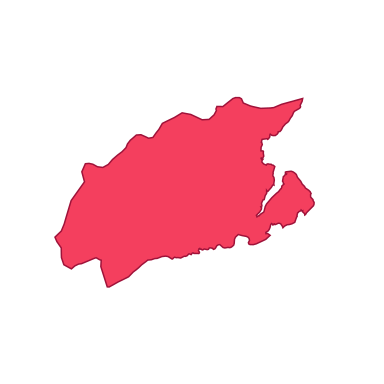 Ndian, Sud-Ouest, Cameroon (Natural Earth projection), rotated 230°
{"feature_id": "32672807B48556267066765", "entity_name": "Ndian", "entity_type": "district", "adm_level": 2, "iso_a3": "CMR", "parent_name": "Cameroon", "parent_adm1": "Sud-Ouest", "projection": "natural_earth1", "projection_center": [8.796, 4.86], "detail": "fine", "context": "isolated", "style": "filled", "palette": "rose", "viewbox_px": 384, "rotation_deg": 230, "n_neighbors": 0, "source": "geoboundaries", "source_scale": "gbopen_adm2", "svg_char_len": 4093}
<svg xmlns="http://www.w3.org/2000/svg" viewBox="0 0 384 384"><g transform="rotate(230 192 192)"><path d="M201.6,317.0L204.1,308.9L206.0,306.0L211.9,298.4L218.3,293.5L220.6,291.9L227.2,288.5L231.6,289.8L233.8,289.0L236.3,286.1L237.3,283.4L237.5,276.4L237.6,270.5L239.0,269.0L241.5,266.1L240.2,263.7L238.7,263.0L236.9,258.5L236.8,255.3L236.6,251.8L240.8,246.2L252.2,240.9L259.0,235.3L260.4,226.3L261.9,220.4L262.5,218.0L263.6,213.4L261.2,206.8L260.7,204.2L260.3,202.3L258.9,197.1L261.1,193.3L263.8,192.1L268.7,189.7L271.4,186.0L271.3,181.0L271.3,178.0L270.3,173.5L268.4,170.0L267.8,164.3L268.1,158.8L268.0,152.0L266.9,145.6L268.1,139.5L272.1,135.8L277.0,133.9L280.1,131.5L282.2,128.5L278.3,120.6L268.9,116.2L263.1,93.9L253.7,79.6L249.6,73.5L246.1,66.8L245.5,58.0L240.8,56.6L233.2,55.9L227.8,51.5L225.6,49.8L219.7,47.5L218.6,47.1L210.6,50.2L210.7,54.7L209.7,58.8L208.1,61.3L204.1,74.2L203.3,76.3L199.5,77.7L198.1,78.6L193.4,74.2L173.8,66.1L172.5,67.5L170.6,77.5L169.4,82.3L167.8,88.9L168.5,95.4L168.3,100.0L168.3,102.5L168.6,106.5L168.3,112.2L168.3,114.3L166.2,117.4L165.0,120.6L163.5,122.7L163.2,123.6L162.7,125.0L161.9,127.4L159.8,130.6L157.9,132.2L153.5,133.6L153.2,134.1L153.4,135.6L153.2,136.8L151.8,137.7L150.8,139.1L148.7,140.9L147.8,144.7L146.8,145.8L146.3,147.6L146.7,149.5L146.3,150.2L144.6,151.1L145.0,152.8L144.7,153.7L143.8,153.9L140.5,157.7L140.6,158.5L141.1,159.0L143.0,159.3L144.0,160.8L143.8,161.7L142.9,161.5L142.2,162.4L141.4,162.4L140.7,163.0L140.5,164.7L138.1,166.6L137.5,167.8L138.0,169.1L137.6,170.0L135.6,171.6L134.3,171.5L133.8,172.8L133.9,173.8L134.9,176.6L134.6,178.3L133.8,179.5L129.5,180.1L128.0,181.2L126.4,184.0L125.3,184.9L124.6,186.1L124.4,187.7L124.5,189.8L125.6,191.4L128.5,194.2L129.5,196.4L129.7,200.1L126.5,202.3L123.2,205.0L121.6,205.8L119.7,205.9L117.9,204.9L117.0,202.7L115.7,202.1L114.5,202.6L112.3,205.1L112.2,205.3L111.0,207.9L109.3,214.2L108.3,218.1L108.6,224.0L111.0,223.4L111.6,223.2L112.0,222.7L112.5,221.9L113.6,222.6L113.5,223.6L113.2,225.2L113.7,227.1L114.7,229.0L116.4,231.3L116.7,232.7L115.9,232.9L114.8,232.7L114.6,233.2L114.9,233.8L114.6,234.6L114.0,234.4L113.5,234.9L112.8,237.3L112.7,237.9L111.8,238.9L110.7,239.5L107.6,239.2L106.2,238.7L106.4,240.9L105.8,243.8L104.5,245.7L103.4,248.1L102.7,251.2L105.3,255.6L105.9,257.1L106.6,257.4L108.2,259.6L108.0,260.4L108.3,261.3L107.7,263.1L108.1,264.0L106.8,264.0L106.5,264.8L105.7,264.0L103.0,264.3L101.9,263.6L101.8,264.5L102.5,266.4L103.4,276.2L104.2,277.6L105.6,278.9L106.3,279.0L107.8,279.3L108.4,279.8L111.8,279.6L113.9,281.2L114.2,282.2L116.3,282.7L118.4,282.5L122.2,281.4L123.9,281.8L127.3,281.5L130.3,282.2L135.4,282.2L138.5,283.2L139.0,283.1L140.6,282.9L142.6,282.3L144.2,281.3L146.9,277.2L147.2,276.4L146.4,275.6L145.0,276.1L144.9,275.5L145.5,275.0L145.0,272.8L145.1,271.9L142.1,268.3L141.1,268.2L139.7,267.5L139.0,267.6L138.8,264.5L138.1,264.0L137.2,262.5L137.4,261.9L136.6,258.4L136.7,255.9L136.3,249.5L134.9,241.4L133.8,238.8L130.9,234.8L130.5,233.9L131.0,229.9L130.6,228.3L131.0,227.7L131.2,225.8L132.8,226.4L133.2,231.1L134.1,233.9L135.2,235.2L136.4,235.2L136.2,236.2L136.5,236.7L138.7,238.0L139.2,239.0L140.3,241.2L139.8,242.4L142.2,245.8L143.0,248.3L145.3,250.2L143.8,250.1L143.7,250.4L144.5,255.7L145.4,258.2L145.2,258.9L144.6,259.2L145.8,260.0L148.2,262.7L150.5,264.1L152.2,264.3L153.0,264.8L154.1,266.2L154.9,266.7L158.3,271.8L160.4,271.4L161.1,270.7L162.3,270.5L163.6,269.1L164.6,268.4L165.2,267.5L164.9,266.2L167.4,264.9L170.0,264.8L171.1,265.9L171.4,267.1L172.0,266.3L173.2,266.4L173.5,266.9L172.6,267.1L172.5,267.9L173.3,270.0L176.1,271.7L177.0,272.7L177.8,272.8L179.2,271.3L181.9,273.7L183.1,276.3L185.2,277.3L185.5,277.1L187.3,279.5L184.6,283.8L183.7,283.8L183.6,284.8L184.2,287.0L185.6,288.2L186.0,289.1L184.3,289.5L183.2,290.3L181.7,292.1L181.6,294.6L182.0,296.0L182.7,296.6L182.4,297.3L181.8,298.2L182.1,300.3L183.5,303.5L184.1,307.3L183.9,310.3L184.1,311.7L185.3,314.8L186.0,317.8L187.6,320.8L188.0,322.4L187.4,325.7L187.0,327.9L187.1,329.3L187.7,330.1L188.9,330.6L190.6,334.5L192.5,336.9L201.6,317.0Z" fill="#f43f5e" stroke="#9f1239" stroke-width="1.5"/></g></svg>